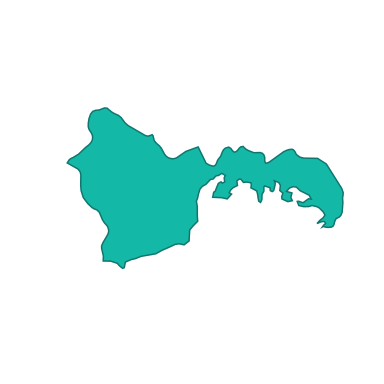 Fukui, Natural Earth projection, rotated 222°
{"feature_id": "JPN-1848", "entity_name": "Fukui", "entity_type": "Prefecture", "adm_level": 1, "iso_a3": "JPN", "parent_name": "Japan", "parent_adm1": "", "projection": "natural_earth1", "projection_center": [136.049, 35.808], "detail": "fine", "context": "isolated", "style": "filled", "palette": "teal", "viewbox_px": 384, "rotation_deg": 222, "n_neighbors": 0, "source": "natural_earth", "source_scale": "10m", "svg_char_len": 3168}
<svg xmlns="http://www.w3.org/2000/svg" viewBox="0 0 384 384"><g transform="rotate(222 192 192)"><path d="M71.7,253.2L72.0,255.5L71.7,257.0L71.8,258.1L73.5,258.6L74.9,257.8L76.2,256.0L78.0,252.2L78.0,256.4L77.3,260.6L77.7,263.8L81.2,265.0L86.6,265.3L88.3,265.0L90.1,264.3L93.8,262.2L95.4,259.4L99.1,255.9L103.6,253.4L107.5,255.4L106.6,256.5L102.3,258.3L100.9,264.9L98.6,266.5L102.9,268.0L112.5,265.3L117.7,265.5L120.3,263.7L122.2,260.2L122.2,255.6L117.1,258.2L114.8,254.0L111.6,252.7L114.3,249.0L120.4,247.0L122.2,248.5L123.7,252.0L127.7,251.8L130.8,256.1L133.9,257.1L138.3,255.4L136.3,254.5L134.9,252.7L132.2,247.6L132.7,245.9L134.8,245.4L136.8,247.3L139.4,246.3L142.2,245.0L141.6,243.3L140.3,242.1L139.0,240.4L138.4,237.1L137.6,236.2L134.9,233.0L134.1,230.1L136.3,229.8L139.6,232.4L142.0,234.4L144.6,236.1L151.0,234.5L152.5,236.7L154.3,238.3L158.1,235.9L160.2,233.5L164.0,234.2L165.7,233.1L166.0,230.1L162.6,227.3L164.4,222.5L164.6,219.1L163.8,216.3L161.2,216.9L161.2,210.4L165.9,207.8L173.1,201.9L175.7,206.3L175.3,208.2L176.7,211.8L178.2,216.1L177.2,219.0L175.4,218.9L174.4,221.4L177.5,223.9L178.3,226.6L182.3,225.8L183.4,221.9L184.6,220.7L185.0,219.2L184.9,216.0L186.7,213.5L186.7,211.3L186.8,207.0L188.1,203.1L188.0,199.5L185.9,194.9L183.7,191.1L182.6,188.1L178.5,184.9L171.7,177.4L168.2,174.1L168.5,167.6L168.3,162.3L163.9,156.7L161.4,153.7L162.5,147.5L167.0,144.8L169.4,141.9L172.7,134.2L175.2,128.8L177.6,121.8L186.8,110.1L189.5,104.6L191.9,101.2L194.6,95.4L191.7,90.4L192.6,88.8L196.5,88.6L199.8,89.0L206.2,86.2L211.8,81.3L214.5,84.5L214.8,85.0L221.0,89.3L221.7,89.9L223.0,91.3L223.6,92.8L224.4,95.3L225.7,102.0L226.4,104.8L227.7,107.2L229.8,108.9L232.1,110.0L236.5,110.5L240.1,111.5L247.3,114.9L250.9,115.0L253.3,114.0L255.9,113.5L261.9,113.7L269.0,115.1L275.3,118.8L279.1,122.4L285.9,130.2L288.5,132.1L292.1,132.8L304.2,130.1L304.8,133.6L304.5,135.6L303.3,138.5L301.6,144.3L300.9,153.8L300.2,157.7L300.1,160.6L300.6,163.3L301.8,165.4L303.5,167.1L305.6,168.3L310.4,169.6L312.7,171.0L315.1,173.7L317.7,177.7L319.5,182.1L319.7,185.5L318.3,188.2L315.9,190.8L313.3,195.9L311.2,197.5L305.4,197.7L302.3,198.3L298.0,199.7L294.5,199.9L288.1,198.6L284.0,198.6L264.5,202.7L262.1,204.0L261.0,205.8L260.0,207.9L258.5,207.7L254.6,205.0L252.3,204.5L249.9,204.4L247.0,204.5L244.1,204.0L237.6,201.7L235.0,201.3L232.5,201.6L230.1,202.7L228.0,204.3L226.4,206.8L223.7,218.1L217.6,229.6L200.7,222.8L196.9,223.7L193.3,225.5L192.6,227.4L192.7,228.7L194.1,232.5L194.4,233.9L194.6,237.7L196.2,241.9L196.8,244.3L196.6,246.9L194.8,249.9L192.3,250.4L189.8,249.8L187.3,249.8L186.2,251.5L186.0,253.5L186.2,256.0L186.0,258.1L184.5,260.1L182.7,259.9L180.0,260.0L177.6,260.6L172.3,262.6L167.8,266.9L165.5,267.9L163.2,267.6L161.0,266.3L159.1,264.1L157.8,263.2L156.4,262.8L155.5,263.9L154.6,265.9L150.8,283.4L149.5,286.4L148.1,288.7L146.2,290.8L144.4,291.2L142.3,290.8L139.6,289.7L135.2,290.1L131.7,291.9L121.2,301.0L110.9,302.7L83.0,294.8L79.2,292.7L77.6,290.7L76.1,288.3L72.8,285.1L66.9,277.5L65.8,274.5L65.7,272.2L66.9,269.1L67.0,267.9L66.2,265.6L65.1,263.6L64.3,261.3L64.8,259.3L66.8,257.1L68.7,255.6L71.3,254.2L71.7,253.2Z" fill="#14b8a6" stroke="#0f766e" stroke-width="1.5"/></g></svg>